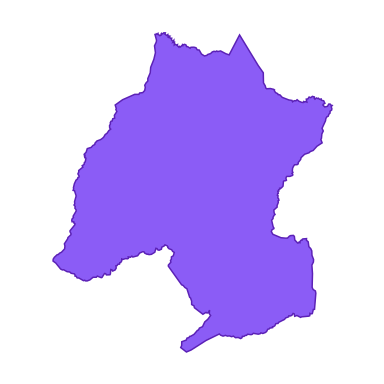 Montepuez, Cabo Delgado, Mozambique, rotated 4°
{"feature_id": "85939544B74766547400417", "entity_name": "Montepuez", "entity_type": "district", "adm_level": 2, "iso_a3": "MOZ", "parent_name": "Mozambique", "parent_adm1": "Cabo Delgado", "projection": "albers", "projection_center": [38.773, -12.625], "detail": "fine", "context": "isolated", "style": "filled", "palette": "violet", "viewbox_px": 384, "rotation_deg": 4, "n_neighbors": 0, "source": "geoboundaries", "source_scale": "gbopen_adm2", "svg_char_len": 5944}
<svg xmlns="http://www.w3.org/2000/svg" viewBox="0 0 384 384"><g transform="rotate(4 192 192)"><path d="M309.5,230.5L305.8,231.1L305.1,231.7L305.1,232.4L304.2,232.5L303.1,233.9L303.2,234.9L302.3,234.6L302.2,235.2L300.9,235.5L297.9,232.7L297.2,229.1L296.1,228.2L293.4,228.6L292.3,229.2L290.5,231.3L288.6,231.5L284.0,231.4L275.7,228.6L273.9,226.0L274.5,224.0L276.2,222.9L276.3,222.3L275.4,221.1L273.4,214.6L274.7,212.9L274.6,211.6L275.6,209.3L276.4,208.7L275.4,207.1L274.9,204.3L278.0,201.1L277.8,199.7L278.8,196.5L278.5,194.7L279.3,194.2L278.8,192.6L278.0,191.8L278.1,189.7L277.4,189.4L277.6,187.6L278.2,187.3L277.5,185.2L278.6,184.9L278.3,183.6L279.7,182.7L279.4,182.1L280.8,181.8L282.4,179.8L282.5,175.1L283.2,174.4L284.7,174.2L285.4,173.6L284.8,172.1L284.9,170.7L285.6,169.8L288.6,169.6L291.2,168.4L291.3,167.3L290.4,166.4L291.3,165.4L290.6,164.2L290.7,161.2L291.5,159.2L292.4,157.7L295.0,157.4L296.0,156.5L295.9,155.2L298.1,152.0L298.4,150.1L301.7,146.5L306.0,144.7L307.2,143.4L310.0,142.1L313.5,137.6L318.4,133.9L316.9,130.6L317.4,129.4L317.5,125.0L318.7,122.0L317.3,119.4L320.2,111.7L320.4,109.4L321.3,107.6L322.6,106.9L323.1,104.9L324.2,103.7L324.1,101.8L325.6,100.5L325.7,99.1L324.9,97.2L325.8,95.9L324.6,95.7L323.6,94.6L322.2,94.8L321.2,97.1L318.5,97.9L316.6,96.2L316.7,95.4L318.4,94.3L317.0,91.8L314.6,91.4L314.4,90.2L312.8,90.6L311.5,89.6L310.9,90.0L309.4,89.5L308.2,90.8L307.4,90.0L307.4,88.6L305.4,88.2L303.9,89.6L302.2,89.1L301.1,91.0L299.5,91.4L300.3,94.3L298.8,93.9L297.9,94.4L297.2,93.9L296.6,95.0L295.1,94.9L292.4,94.0L290.4,92.6L289.3,93.8L287.6,93.8L286.0,95.0L285.4,93.7L282.2,93.4L275.4,91.3L273.0,89.0L271.1,88.8L270.6,87.9L268.4,87.0L267.0,85.1L267.2,84.4L266.4,83.9L262.9,83.3L259.3,83.8L258.3,83.0L257.7,81.1L255.7,78.1L254.8,68.1L249.2,61.2L228.5,32.0L219.5,52.6L216.1,51.7L210.7,49.3L207.9,50.1L206.9,49.6L205.8,50.3L204.1,50.1L202.4,50.9L200.9,52.6L198.1,53.7L197.2,54.7L194.9,55.4L191.8,53.7L189.3,49.9L187.3,49.8L185.9,47.8L183.8,47.4L180.8,47.7L180.1,48.7L177.5,47.3L176.4,47.3L175.8,45.8L174.4,45.2L173.5,45.7L172.4,45.5L172.5,46.7L171.7,46.5L170.4,48.1L169.4,47.6L168.9,48.5L167.1,46.9L167.2,46.0L166.3,46.5L164.8,45.7L164.1,46.4L164.1,43.7L162.6,44.1L163.2,43.2L163.2,42.0L162.6,42.8L161.7,42.5L160.9,41.6L161.0,40.0L159.8,40.2L159.3,39.6L158.3,39.5L158.7,38.8L157.3,39.0L157.3,38.5L158.2,38.0L157.2,37.9L156.9,36.6L155.9,37.6L154.0,36.5L154.3,35.1L152.7,35.2L151.8,36.3L150.5,35.8L150.1,36.7L150.4,37.5L149.1,38.3L147.3,37.1L147.0,36.2L146.2,37.2L145.3,36.7L145.0,37.4L144.1,37.5L146.0,43.0L145.9,44.9L144.4,48.8L145.8,55.6L144.7,62.3L142.1,70.5L142.0,76.1L140.0,81.9L140.2,84.4L138.6,86.3L137.4,88.8L138.1,90.9L137.7,94.1L135.9,96.3L132.8,96.9L132.2,98.3L128.0,98.6L116.3,104.8L109.3,110.6L110.6,113.9L110.3,115.1L111.4,117.0L109.2,120.9L109.7,123.7L107.8,124.5L107.4,126.7L106.2,127.1L105.6,128.7L105.9,129.8L105.1,131.5L105.4,133.9L106.5,134.9L104.7,136.6L103.1,139.4L101.4,140.7L100.1,143.4L98.9,144.7L97.2,146.1L93.6,147.7L91.8,150.1L91.7,151.4L89.8,152.6L88.4,154.5L84.5,156.0L83.6,159.7L81.8,161.9L81.9,162.6L82.7,162.8L82.3,164.1L82.7,165.2L83.3,164.9L83.8,165.8L83.4,169.4L82.6,170.0L82.4,172.1L80.6,173.4L81.4,174.8L77.5,178.4L77.6,180.0L76.9,181.9L78.3,184.0L78.2,184.9L77.2,185.5L76.7,187.2L75.5,188.2L74.1,191.9L73.4,196.1L73.7,197.1L73.3,198.7L74.7,198.9L76.7,204.0L75.5,209.9L75.9,212.0L75.2,213.2L76.5,214.6L76.3,216.3L77.5,217.7L77.8,219.0L75.1,224.4L75.5,225.8L74.4,226.9L74.0,228.4L74.4,230.1L76.1,230.0L76.3,231.1L77.4,231.7L77.4,232.9L73.0,239.2L73.1,240.2L74.2,241.9L74.2,243.1L71.4,246.1L71.2,247.4L68.3,252.6L69.0,254.8L68.9,257.6L66.0,261.2L64.1,262.3L63.0,263.7L61.9,263.9L59.2,266.8L58.2,268.7L58.2,270.6L61.1,272.4L66.3,278.0L68.1,278.8L69.4,278.5L72.9,280.2L75.6,280.3L77.1,281.5L80.4,281.9L81.1,282.9L81.1,284.0L82.4,284.2L83.4,285.7L85.2,285.7L89.9,288.0L91.2,287.5L91.8,288.1L93.7,288.0L96.3,286.8L99.2,284.0L102.5,283.7L103.4,282.5L107.4,283.8L108.2,283.5L110.4,279.4L111.5,279.5L112.4,280.7L115.9,280.3L116.3,279.5L116.4,275.0L117.5,275.2L118.4,276.4L120.7,275.2L121.7,273.2L121.3,270.9L122.3,270.7L123.2,269.2L124.7,269.0L124.9,267.5L125.8,267.3L126.7,265.6L126.6,263.7L127.7,264.1L130.3,263.1L132.5,263.1L133.2,262.6L132.9,261.2L135.1,261.4L136.5,260.2L137.5,261.0L142.2,259.4L144.0,256.6L147.0,255.0L148.2,255.0L149.1,256.3L151.6,257.3L152.4,257.0L153.4,257.5L155.9,257.0L159.1,254.7L159.9,250.7L161.1,250.9L161.6,252.0L163.2,252.4L165.5,251.2L165.7,249.2L168.1,247.7L168.7,246.6L171.1,247.5L171.7,248.2L171.7,249.0L173.0,250.2L175.7,251.0L176.8,252.6L178.5,253.5L177.8,256.9L176.0,258.2L176.1,260.6L175.3,261.7L175.8,263.5L173.5,266.6L173.6,267.7L188.1,285.3L189.8,285.9L191.5,287.7L193.7,288.9L197.0,297.2L197.9,297.8L199.2,300.8L199.5,304.3L201.9,305.4L202.5,307.3L211.4,313.2L214.4,311.1L215.4,311.7L216.5,311.3L217.8,308.6L217.7,312.1L219.2,313.9L216.6,317.9L213.8,320.7L211.9,325.6L208.9,327.2L208.1,329.1L207.0,329.7L204.0,333.8L200.8,336.0L199.9,336.1L198.9,337.5L197.2,338.1L196.6,340.1L192.2,342.1L192.4,345.8L191.6,348.0L197.6,352.0L202.1,349.7L216.4,339.1L229.2,331.7L230.5,332.8L233.0,333.6L235.4,332.7L237.4,333.3L239.3,332.9L241.5,333.6L243.4,332.9L245.5,334.3L248.2,333.9L250.8,334.8L252.0,333.9L252.3,332.5L253.9,332.4L255.1,331.4L256.4,331.2L257.4,330.0L260.8,330.2L262.0,329.8L263.0,328.7L268.0,329.2L269.9,328.6L270.6,327.7L272.5,328.2L275.1,327.0L276.2,325.9L277.1,323.7L278.7,323.1L279.0,322.4L281.8,321.7L281.7,320.8L282.6,320.7L284.0,319.6L284.8,317.5L287.0,317.1L287.5,316.0L293.2,312.6L294.2,311.1L297.1,309.8L297.3,308.7L298.7,308.8L300.2,308.1L301.3,306.1L302.4,306.4L303.1,308.8L305.3,307.9L309.1,309.5L310.0,308.9L317.2,307.7L318.1,307.2L318.1,304.9L319.0,305.3L320.5,304.9L321.2,300.7L322.4,300.5L322.6,284.3L322.0,282.1L319.6,280.8L318.5,278.7L317.9,265.0L316.7,256.6L318.0,253.4L318.0,250.9L316.1,246.8L315.6,242.4L314.4,240.2L312.4,238.4L311.4,233.6L309.5,232.1L309.5,230.5Z" fill="#8b5cf6" stroke="#5b21b6" stroke-width="1.5"/></g></svg>